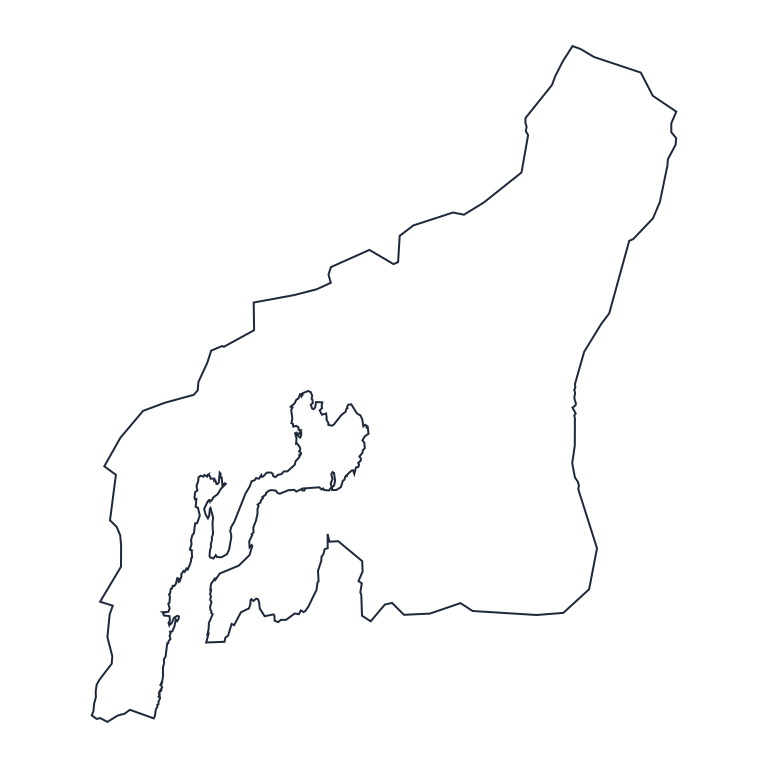 Samnanger nor, Hordaland, Norway
{"feature_id": "86288312B8204828697072", "entity_name": "Samnanger nor", "entity_type": "district", "adm_level": 2, "iso_a3": "NOR", "parent_name": "Norway", "parent_adm1": "Hordaland", "projection": "orthographic", "projection_center": [5.7, 60.407], "detail": "fine", "context": "isolated", "style": "outline", "palette": "slate", "viewbox_px": 768, "rotation_deg": 0, "n_neighbors": 0, "source": "geoboundaries", "source_scale": "gbopen_adm2", "svg_char_len": 6111}
<svg xmlns="http://www.w3.org/2000/svg" viewBox="0 0 768 768"><path d="M253.7,302.5L254.1,330.2L223.8,346.8L222.1,346.0L211.2,350.6L207.4,362.5L198.4,382.0L197.7,390.3L193.8,394.8L164.4,402.9L143.0,410.9L120.3,437.9L104.3,466.3L115.9,474.8L110.0,520.4L116.6,526.7L120.2,535.3L121.1,545.5L121.0,566.7L100.1,601.7L112.8,605.7L109.7,614.2L107.4,637.1L112.3,656.2L111.7,663.7L99.4,679.8L96.6,684.9L95.7,691.7L95.9,697.2L94.2,703.3L93.4,711.3L91.7,715.4L96.7,718.9L100.2,718.1L107.4,721.9L117.8,715.5L124.6,713.7L129.9,709.8L153.8,718.4L155.0,715.6L155.8,709.4L157.3,707.1L157.3,705.0L158.4,704.4L158.5,701.8L160.0,698.3L160.0,697.2L158.6,696.7L159.8,694.6L158.8,693.6L160.9,690.8L159.9,690.9L162.1,687.4L161.0,685.1L161.6,683.8L160.8,684.1L162.3,680.8L163.0,676.2L163.0,667.2L164.1,663.2L163.8,659.4L165.6,656.6L167.2,643.3L168.2,643.3L168.6,641.1L170.5,638.9L169.6,635.7L170.5,633.8L170.0,631.7L172.2,631.4L174.4,626.5L175.8,619.5L177.1,621.2L178.6,618.9L178.9,616.5L177.3,615.8L173.9,617.9L172.1,622.3L170.8,624.1L169.9,623.1L169.2,625.1L168.5,623.0L169.9,620.4L169.5,616.1L163.9,615.5L162.9,612.7L163.5,612.6L162.8,612.2L168.3,611.9L169.7,608.4L168.3,603.8L169.5,602.4L169.9,596.7L169.0,594.3L170.0,593.6L170.8,588.8L172.1,588.3L172.7,585.8L174.3,586.0L175.9,583.7L177.3,578.1L178.9,578.7L178.8,581.9L179.5,581.6L181.5,576.2L181.2,574.4L183.4,571.0L184.6,571.9L186.9,567.6L186.5,569.9L187.9,569.4L190.9,561.6L191.3,558.0L192.1,557.4L191.7,550.5L189.7,549.9L191.0,549.8L189.9,549.0L191.5,544.5L191.1,539.8L192.4,535.0L193.9,533.2L195.2,523.3L197.1,523.2L199.8,515.5L197.9,507.7L195.7,506.9L196.4,498.9L194.9,499.3L194.5,497.8L195.1,492.2L197.4,490.5L196.5,485.9L198.2,481.1L198.5,477.3L200.6,475.8L203.5,476.6L204.3,475.0L207.2,476.5L207.6,474.9L208.8,474.2L208.5,475.1L210.0,476.3L210.6,478.7L214.3,478.7L214.2,481.0L215.4,480.5L216.5,484.0L217.4,484.1L218.8,482.6L219.7,472.7L220.7,473.8L220.0,477.4L221.7,477.4L222.4,485.1L224.8,483.2L225.8,483.9L220.9,488.8L217.6,494.2L213.3,497.4L211.6,500.7L210.0,500.2L209.7,501.7L208.7,500.4L207.6,501.7L204.1,509.0L205.7,514.6L207.9,518.4L209.2,515.8L209.9,508.7L210.5,508.0L213.1,517.6L212.5,523.6L213.0,534.0L211.8,537.7L212.0,539.7L210.8,544.6L211.1,546.7L210.0,550.2L209.5,555.7L210.1,557.3L213.4,558.5L215.8,555.2L217.0,557.0L221.4,557.3L227.0,554.2L229.1,549.6L231.2,537.8L231.2,534.5L230.2,531.3L231.2,527.0L234.3,521.8L245.5,493.5L249.7,486.5L251.6,481.2L254.6,480.3L256.1,478.1L259.0,478.7L261.3,475.1L261.8,476.8L263.2,476.5L266.7,472.7L270.7,472.5L272.6,473.6L273.3,476.2L275.5,477.1L278.1,474.8L281.5,474.1L283.7,471.5L287.5,471.3L294.7,464.8L295.6,461.2L299.4,457.1L299.3,454.9L300.3,455.2L301.2,453.2L299.1,451.3L300.3,450.1L300.0,447.5L297.1,443.5L296.1,443.8L296.5,438.3L295.1,433.3L296.7,432.7L297.3,435.0L300.1,437.6L301.2,435.5L301.2,432.8L298.9,434.0L301.0,430.2L298.6,429.7L298.5,427.4L296.2,425.9L293.3,426.6L292.9,423.9L291.4,423.2L292.3,418.5L291.2,409.8L292.5,407.4L290.7,406.7L294.6,403.4L296.4,399.6L298.4,398.5L300.1,394.1L300.9,394.2L301.5,396.4L302.7,394.6L302.6,393.2L308.1,391.0L310.7,392.1L312.2,395.7L311.6,398.9L312.4,399.7L312.9,402.9L310.8,404.8L312.1,408.5L313.5,409.2L315.1,407.6L316.1,402.0L322.3,402.4L321.6,406.0L322.1,408.1L319.7,410.4L321.9,414.7L326.1,413.5L326.7,418.2L326.3,419.1L328.4,423.2L328.4,424.9L332.1,425.7L333.9,424.5L341.2,415.2L345.6,411.7L346.3,409.1L347.5,408.2L347.1,407.1L348.0,404.8L351.2,404.3L357.0,413.5L360.4,415.4L362.2,419.2L363.4,426.4L365.2,424.8L367.7,426.4L367.6,427.6L365.7,427.3L367.9,428.3L368.5,433.8L364.8,436.3L362.4,440.4L364.3,442.6L364.8,448.1L362.7,450.5L362.5,452.8L359.4,456.5L360.9,458.6L360.7,460.7L358.2,462.9L359.1,464.4L358.3,467.0L356.0,467.4L354.3,473.9L353.1,470.3L351.5,470.6L346.8,475.1L347.2,476.8L346.3,475.6L345.2,476.8L344.5,479.6L342.8,480.9L340.9,487.1L336.3,490.0L332.1,490.1L332.1,487.2L334.1,485.6L335.1,480.7L334.0,472.9L332.5,472.1L331.3,474.3L332.5,479.4L330.7,483.2L331.6,487.0L328.9,490.5L324.0,490.0L323.1,488.5L321.6,489.5L319.3,487.3L304.3,488.4L305.0,489.0L304.3,490.5L302.3,490.4L302.0,488.8L296.3,491.6L294.2,489.8L288.2,490.3L279.8,493.7L277.4,492.9L275.8,490.6L271.3,490.1L268.6,490.8L265.9,493.2L265.8,494.6L262.3,497.1L263.0,498.0L260.9,500.4L260.6,502.4L256.8,505.1L258.1,504.4L258.5,506.4L257.5,509.0L257.5,513.7L256.0,520.5L253.3,527.5L253.5,532.5L251.6,534.3L252.2,535.1L249.2,541.4L249.6,547.4L251.7,545.1L252.3,545.9L249.5,555.1L238.8,565.6L219.8,573.5L215.3,579.9L214.7,578.7L211.0,584.0L210.3,589.9L211.0,589.7L210.9,591.5L210.0,594.1L211.0,596.4L210.1,599.8L211.5,602.0L210.1,606.8L210.4,610.0L211.4,611.2L211.2,612.9L212.7,614.2L208.9,622.9L208.6,629.3L207.4,634.3L208.5,633.9L206.2,642.5L224.5,641.8L225.4,637.6L228.1,635.6L231.6,623.9L234.1,625.2L240.9,612.3L249.0,608.4L250.5,603.6L250.5,600.2L251.4,599.2L253.4,601.0L256.2,598.6L257.8,599.1L259.0,601.7L259.8,608.5L264.6,616.2L273.6,614.4L274.3,615.4L274.7,620.8L278.2,622.1L280.8,619.9L286.0,619.9L294.7,613.5L298.8,614.2L300.8,610.4L303.5,612.1L305.2,611.1L308.3,606.7L316.5,589.9L317.5,582.4L318.6,581.2L318.0,570.9L321.4,560.4L321.4,557.0L323.3,554.4L324.7,549.2L327.7,548.2L327.6,533.9L329.4,541.7L338.2,541.2L362.2,561.1L362.6,571.6L358.5,581.0L361.8,583.4L360.3,592.2L361.3,594.8L362.0,615.7L370.7,621.3L384.8,604.6L392.0,602.9L404.0,614.8L429.9,613.6L460.5,603.1L472.6,611.0L536.5,615.0L563.3,612.9L589.1,589.3L597.0,548.3L578.3,489.3L578.9,485.4L577.7,481.5L574.9,477.4L572.2,463.2L574.8,445.6L574.9,418.5L574.3,415.5L575.7,413.5L572.5,407.6L575.5,405.3L575.9,403.6L574.3,398.0L575.1,392.7L574.2,389.9L575.3,387.8L575.0,383.9L584.2,351.7L601.4,323.7L609.2,313.4L629.2,240.9L633.3,239.0L653.0,218.3L659.9,201.9L667.4,165.7L667.9,159.2L675.6,144.8L676.2,138.1L671.3,132.3L671.3,123.2L676.3,111.7L652.8,95.8L640.8,72.6L594.0,57.0L580.3,48.9L572.5,46.1L562.7,61.5L555.0,76.7L552.0,85.0L525.5,118.0L525.4,122.7L526.6,126.7L525.8,131.1L528.1,135.1L521.5,172.5L483.8,202.5L463.9,214.7L453.1,212.5L413.4,225.4L399.7,235.8L398.1,262.1L393.5,264.1L369.4,249.9L330.9,267.1L328.5,274.6L330.8,282.8L316.6,289.3L294.0,295.1L253.7,302.5Z" fill="none" stroke="#1e293b" stroke-width="2"/></svg>